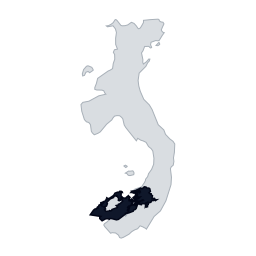 location of Chepigana, Darién, Panama, rotated 85°
{"feature_id": "35544464B97743116241572", "entity_name": "Chepigana", "entity_type": "district", "adm_level": 2, "iso_a3": "PAN", "parent_name": "Panama", "parent_adm1": "Darién", "projection": "mercator", "projection_center": [-78.199, 8.103], "detail": "fine", "context": "in_parent", "style": "filled", "palette": "ink", "viewbox_px": 256, "rotation_deg": 85, "n_neighbors": 0, "source": "geoboundaries", "source_scale": "gbopen_adm2", "svg_char_len": 8776}
<svg xmlns="http://www.w3.org/2000/svg" viewBox="0 0 256 256"><g transform="rotate(85 128 128)"><path d="M230.4,118.5L229.7,119.0L227.7,122.0L226.5,124.5L229.2,127.2L230.0,130.1L231.5,133.2L233.9,136.3L236.5,142.1L237.1,144.4L236.4,145.9L233.9,146.8L231.5,149.5L230.9,152.8L231.3,154.5L224.3,159.7L222.5,160.6L221.3,159.8L219.8,157.2L218.0,155.0L217.1,154.3L216.5,154.2L215.9,154.7L215.7,155.9L216.6,160.8L215.8,162.9L213.5,164.4L210.7,172.5L209.7,171.4L200.7,160.6L192.9,147.1L191.3,141.1L193.3,140.7L195.2,140.8L196.3,139.9L197.5,138.1L196.5,134.0L200.3,130.9L201.7,128.8L202.8,129.0L205.2,132.6L208.8,134.7L213.3,137.6L216.0,138.3L212.5,135.2L206.6,131.1L204.9,128.3L203.3,124.6L201.0,126.2L199.9,127.6L198.7,128.4L197.6,127.4L197.4,126.2L193.9,126.0L193.0,124.9L192.1,124.2L192.5,126.6L193.2,128.0L192.8,129.8L191.7,129.9L190.7,128.1L189.5,126.5L187.8,119.6L183.8,116.4L182.0,115.3L180.5,114.9L178.2,112.7L175.3,111.5L171.3,108.1L166.4,105.6L160.4,104.8L153.1,105.3L150.6,106.7L149.0,108.4L148.2,109.2L143.9,111.2L142.2,114.0L141.2,116.4L139.1,119.2L141.5,120.8L127.5,130.1L124.7,131.5L118.4,132.4L116.9,133.4L115.0,135.3L114.7,138.1L115.0,140.4L116.9,142.3L118.5,143.4L122.4,149.0L129.4,155.9L130.7,158.5L131.8,162.2L129.7,164.0L128.0,164.8L121.4,165.1L119.1,166.6L118.2,168.9L115.8,170.7L107.2,172.6L100.5,172.8L98.5,170.7L97.9,164.6L93.4,154.3L92.4,147.1L91.2,148.0L88.8,148.9L88.0,150.6L87.4,155.9L86.6,157.7L84.7,157.5L80.9,155.6L75.9,153.9L69.5,142.8L68.8,140.7L67.5,138.2L62.6,137.1L58.3,135.2L53.7,134.9L51.3,136.0L48.9,134.7L48.5,131.6L43.7,133.0L37.5,132.5L31.9,131.2L28.1,131.9L24.9,134.0L25.4,139.6L24.4,140.7L24.3,138.4L23.2,135.8L21.8,133.6L19.0,131.4L18.9,130.6L20.0,129.5L25.1,126.2L25.7,124.9L25.8,122.0L25.3,119.3L23.0,115.4L24.3,112.9L26.9,110.9L29.6,109.4L30.1,108.7L29.6,107.3L28.0,105.9L24.3,103.4L22.1,103.2L22.0,96.1L22.2,88.5L22.7,87.7L24.1,87.3L25.1,86.1L25.7,83.9L27.4,83.1L30.3,84.8L33.2,86.3L34.5,85.8L35.4,85.1L36.0,84.3L36.2,83.6L38.6,85.7L43.5,89.3L43.7,91.0L43.3,92.7L44.6,97.6L47.1,98.3L49.7,97.4L50.3,98.3L49.8,99.1L48.5,100.1L48.2,104.3L52.3,106.3L54.4,108.0L61.3,107.2L63.8,107.6L65.6,107.1L63.6,103.8L61.1,101.3L61.3,100.2L63.2,101.0L64.7,102.7L68.1,104.8L74.3,112.1L81.5,113.8L87.1,113.6L92.4,112.6L100.8,109.8L106.9,104.7L111.7,102.4L127.4,97.6L133.0,92.5L135.4,91.8L137.6,91.2L142.5,87.3L145.2,84.3L148.0,82.8L156.3,83.9L161.7,85.3L165.4,85.2L169.0,86.2L170.5,88.3L172.2,89.3L180.9,89.0L188.2,90.1L203.9,96.6L213.4,102.9L218.4,109.7L230.4,118.5ZM72.2,168.6L70.1,168.8L65.9,167.1L62.9,164.0L62.6,163.0L62.7,162.0L64.4,158.8L66.6,157.7L67.5,157.7L69.6,161.4L68.2,162.8L68.8,165.1L71.8,166.8L72.2,168.6ZM173.4,133.0L172.7,134.6L170.9,131.0L171.2,130.1L171.1,126.9L172.7,126.0L174.0,126.0L175.0,126.4L175.6,130.2L175.1,131.9L173.4,133.0ZM48.6,91.1L48.2,92.9L45.3,89.7L47.0,89.1L47.6,89.2L48.6,91.1ZM167.2,133.7L165.5,135.4L164.8,133.8L166.0,132.2L166.4,132.2L167.2,133.7Z" fill="#d9dde1" stroke="#a8b0b8" stroke-width="1"/><path d="M200.3,155.7L197.1,151.9L196.0,148.4L195.1,148.4L194.4,146.6L194.9,145.7L193.6,144.8L194.4,145.1L197.3,143.5L199.3,143.9L199.7,143.0L199.2,142.5L199.4,141.7L198.3,141.3L198.8,140.7L198.1,140.7L197.8,140.5L197.6,140.0L197.5,140.5L197.3,140.5L197.2,140.2L197.2,140.7L197.1,140.8L196.9,140.7L196.8,140.4L196.9,140.2L196.8,140.5L196.6,140.6L196.3,140.1L194.4,141.0L193.1,140.5L192.0,140.8L191.5,140.4L191.8,139.2L191.2,139.3L190.5,140.2L190.3,141.8L191.4,143.1L191.0,144.1L191.8,146.7L194.0,148.2L196.2,152.1L196.7,153.6L195.8,155.1L196.7,155.0L196.9,155.8L197.9,155.9L198.0,156.7L199.5,157.8L199.2,159.9L199.4,158.9L199.8,159.1L199.8,158.9L199.8,158.7L200.4,158.6L199.8,158.9L200.6,159.2L199.9,160.5L200.0,161.5L200.5,161.5L200.4,161.2L200.7,160.8L200.7,160.7L200.5,161.2L201.4,160.9L201.4,161.0L201.5,161.3L201.8,161.1L202.4,161.3L202.4,161.2L202.5,161.0L202.4,160.9L202.7,160.8L203.2,160.9L203.2,161.0L203.1,161.5L203.1,161.0L203.2,160.9L202.7,160.8L202.4,161.4L201.4,161.4L201.3,161.2L201.3,160.9L200.6,161.4L202.0,162.4L202.2,163.5L203.5,164.2L204.1,165.3L205.2,165.0L205.2,166.3L206.0,166.5L205.7,167.8L206.8,169.5L211.2,173.2L213.7,162.8L214.5,163.9L215.8,164.0L218.2,161.9L216.5,158.1L216.6,155.9L217.3,154.6L216.6,153.7L216.9,151.9L218.5,147.5L218.2,145.5L213.4,137.8L212.8,138.0L212.5,136.4L211.2,135.2L208.7,134.3L207.2,134.4L207.9,134.5L210.6,136.1L207.4,134.7L206.7,135.9L207.0,134.8L205.9,134.2L205.2,131.8L204.0,130.3L203.0,130.7L203.3,130.7L203.6,131.0L203.0,130.9L202.9,130.7L203.4,130.1L202.1,129.8L202.7,130.4L202.6,130.6L202.5,130.8L202.5,131.0L202.4,130.8L202.6,130.4L202.0,130.1L202.0,127.9L201.5,127.5L200.2,130.0L200.6,130.4L200.8,130.9L200.0,130.4L200.1,131.8L199.6,132.3L200.3,132.4L200.1,133.0L200.7,133.3L201.2,133.8L199.9,133.2L199.9,132.7L199.8,132.8L199.8,133.0L199.5,132.4L199.5,133.1L198.8,133.0L199.2,133.4L199.0,133.5L197.4,132.0L196.6,132.5L197.1,133.0L196.7,134.1L195.9,133.5L195.5,133.6L197.0,135.8L197.9,136.3L197.3,138.9L195.9,140.1L196.4,140.1L196.6,140.5L196.9,140.1L197.1,140.8L197.1,140.2L197.5,140.4L197.5,140.1L198.3,140.7L200.4,139.6L202.8,142.7L203.1,144.2L204.0,144.5L204.2,146.5L205.8,145.3L206.3,145.5L207.8,151.1L208.7,151.4L209.1,152.6L208.6,153.4L209.1,154.3L209.1,157.4L207.2,158.5L206.8,157.4L205.6,157.6L204.5,158.9L203.9,156.2L201.5,155.1L200.3,155.7ZM188.4,115.2L188.0,116.9L189.5,118.9L189.5,120.0L188.9,120.5L191.1,126.5L191.3,130.2L192.0,130.0L192.5,130.6L192.6,129.0L193.3,128.4L193.2,127.8L192.4,127.6L192.4,125.5L192.0,125.2L192.4,125.1L191.9,123.8L190.8,123.0L191.4,123.2L191.0,122.4L191.7,122.7L192.0,121.9L191.8,121.5L191.6,121.7L191.1,121.6L191.7,121.5L191.3,120.9L191.9,121.3L192.0,121.8L191.9,122.3L192.1,122.0L193.3,121.8L192.8,121.5L192.7,120.7L193.4,121.8L192.5,122.2L192.1,122.1L192.0,122.3L192.1,123.2L192.2,122.8L192.5,122.5L192.8,122.5L192.4,123.5L192.9,124.4L193.1,127.3L194.5,126.2L194.3,125.7L193.8,126.1L193.6,125.8L193.5,126.4L193.3,126.1L193.5,125.2L193.9,124.5L194.0,124.5L193.9,124.2L194.2,124.4L193.7,125.8L194.1,125.3L194.7,125.8L195.0,125.4L194.7,124.7L194.2,124.4L194.0,123.8L195.1,124.9L195.3,125.9L195.7,125.7L195.5,126.4L196.1,126.8L196.6,125.6L195.9,125.2L196.2,125.1L195.8,124.8L195.8,124.7L196.8,125.6L197.3,125.0L196.3,123.9L197.3,124.7L197.5,124.2L197.5,125.0L198.0,124.9L197.0,126.1L198.3,126.7L198.8,124.2L197.8,123.4L198.2,122.7L197.9,122.4L198.4,122.7L197.7,121.9L197.7,121.7L199.1,123.3L198.7,123.5L199.3,124.7L198.6,125.6L199.0,125.5L199.3,126.9L199.0,127.4L198.7,126.8L198.4,127.1L197.6,126.8L197.0,127.8L197.7,129.0L198.7,128.5L198.3,128.1L198.9,128.4L200.0,127.8L199.9,125.6L200.0,126.3L201.0,125.2L203.7,127.8L203.6,126.6L202.6,125.1L202.8,124.4L202.5,124.4L202.2,124.3L202.0,124.1L201.9,124.0L201.7,122.5L202.1,122.4L201.7,121.9L201.2,120.4L201.5,119.9L201.2,119.9L200.9,119.2L201.1,119.0L201.2,119.9L201.5,119.9L201.4,119.6L201.5,119.3L201.8,119.4L201.5,119.4L201.6,119.7L201.5,120.3L201.2,120.4L202.4,122.2L202.3,123.1L203.4,123.9L203.8,123.3L204.0,123.6L203.8,124.6L203.2,124.3L202.8,124.7L202.9,125.5L203.5,126.0L203.9,125.5L203.6,125.5L203.4,125.5L203.2,125.3L203.1,125.2L203.9,125.4L203.9,125.8L203.5,126.1L204.0,126.4L204.1,126.6L204.2,126.1L204.5,126.2L204.2,125.8L204.8,126.1L204.1,126.7L203.7,126.3L204.1,127.1L204.4,127.2L204.5,127.0L204.5,127.5L204.9,127.2L205.5,127.4L205.1,127.0L205.0,126.4L205.1,126.2L205.6,126.5L205.0,126.6L205.5,127.4L205.7,126.9L205.9,127.4L206.3,127.2L205.9,127.5L206.3,128.1L205.8,127.5L204.7,127.5L205.2,128.0L205.2,129.0L204.6,128.0L204.7,127.9L204.8,127.9L205.0,128.0L205.0,127.8L204.2,127.4L204.1,127.9L206.1,133.0L211.0,134.6L212.8,136.2L213.1,137.8L212.6,134.4L211.3,130.0L210.2,129.6L209.8,127.9L208.9,126.9L204.8,125.1L204.5,122.7L205.2,122.7L205.6,121.2L204.2,120.4L205.0,118.4L203.8,115.5L206.1,117.2L208.2,117.6L207.9,117.2L208.4,116.6L208.1,115.4L206.8,115.6L206.1,114.5L204.4,114.0L204.0,111.7L202.3,110.7L202.6,109.3L201.0,108.2L201.7,107.3L202.4,107.7L202.8,107.1L202.0,105.7L202.0,107.0L200.4,107.7L200.3,110.3L197.5,109.5L196.6,110.7L195.6,110.6L195.3,112.0L194.3,112.8L193.2,111.2L190.4,111.6L189.7,112.4L189.5,114.3L188.4,115.2ZM202.4,123.7L202.2,124.3L203.0,124.1L203.0,123.9L202.4,123.7ZM200.9,126.5L200.8,127.3L201.4,127.4L201.3,126.9L200.9,126.5ZM207.2,134.6L206.9,134.4L206.4,134.3L207.2,134.6ZM201.5,126.5L201.2,126.8L201.5,126.8L201.5,126.5ZM204.8,128.2L204.8,127.9L204.7,128.0L204.8,128.2ZM202.1,122.9L201.9,122.7L202.1,123.0L202.1,122.9ZM191.5,123.0L191.6,122.8L191.5,123.0ZM191.7,123.1L191.7,123.4L191.7,123.1ZM199.1,130.3L198.9,130.4L199.0,130.5L199.1,130.3ZM198.4,123.4L198.6,123.3L198.4,123.2L198.4,123.4ZM192.0,122.5L191.9,122.6L191.9,122.8L192.0,122.5ZM198.5,123.0L198.3,123.1L198.4,123.3L198.5,123.1L198.7,123.3L198.5,123.0ZM200.1,128.6L199.9,128.6L200.1,128.6Z" fill="#0f172a" stroke="#020617" stroke-width="1.5"/></g></svg>